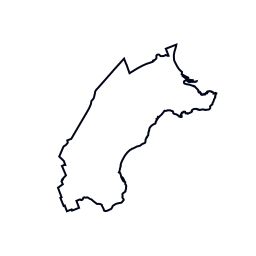 Hobsons Bay, Victoria, Australia (Mercator projection), rotated 331°
{"feature_id": "25037944B90171787297249", "entity_name": "Hobsons Bay", "entity_type": "district", "adm_level": 2, "iso_a3": "AUS", "parent_name": "Australia", "parent_adm1": "Victoria", "projection": "mercator", "projection_center": [144.848, -37.857], "detail": "fine", "context": "isolated", "style": "outline", "palette": "ink", "viewbox_px": 256, "rotation_deg": 331, "n_neighbors": 0, "source": "geoboundaries", "source_scale": "gbopen_adm2", "svg_char_len": 5803}
<svg xmlns="http://www.w3.org/2000/svg" viewBox="0 0 256 256"><g transform="rotate(331 128 128)"><path d="M121.0,78.5L118.9,79.1L117.1,80.1L115.4,82.2L113.4,84.4L112.6,85.2L111.2,86.0L109.4,86.5L108.9,86.9L107.4,88.8L106.3,89.8L104.8,91.0L101.8,93.0L73.1,110.0L68.9,109.4L68.3,111.5L67.7,111.9L66.1,112.5L65.1,112.8L62.7,112.9L54.0,119.6L55.9,125.7L55.2,129.9L54.4,129.4L51.8,129.2L50.8,139.3L45.4,141.1L45.3,141.3L45.6,141.7L44.0,142.3L43.7,145.6L37.8,146.3L36.3,156.4L36.2,156.4L35.0,156.3L33.9,165.0L35.1,165.1L34.2,171.2L39.2,171.9L39.0,173.1L46.5,174.1L47.6,166.7L51.4,167.2L52.0,168.3L52.7,168.6L53.7,168.5L54.4,168.0L54.4,167.8L55.2,167.4L55.5,167.3L56.0,167.4L56.5,167.8L56.9,168.2L57.5,168.6L58.4,168.7L59.0,169.2L60.3,171.5L61.4,172.8L61.8,173.9L62.2,175.1L62.8,176.5L64.1,179.4L64.4,179.6L65.9,180.3L66.3,180.6L67.6,182.0L67.8,182.5L67.7,183.0L67.5,183.8L67.5,185.9L67.3,187.7L67.1,188.0L67.1,188.5L67.1,188.8L67.6,189.4L68.3,189.8L69.7,190.3L74.0,190.6L75.1,190.1L75.8,189.7L76.6,188.9L77.1,188.7L80.6,188.5L83.4,189.2L85.5,190.0L86.6,190.0L87.5,189.6L88.4,189.3L89.4,188.8L89.6,188.0L89.4,186.8L89.4,186.2L89.6,185.6L90.4,184.7L90.8,183.6L91.0,183.2L91.4,182.9L91.8,182.7L94.8,182.3L94.8,182.1L95.0,181.9L96.6,180.4L96.8,180.3L97.5,179.0L98.3,178.0L98.5,177.0L98.4,175.9L98.5,175.5L99.3,174.1L99.2,173.4L99.0,172.8L99.0,172.5L99.2,171.8L99.3,171.2L99.3,170.5L99.4,169.5L99.3,169.2L99.1,168.3L99.0,168.2L99.0,168.5L99.2,169.3L99.2,169.6L99.2,170.5L99.1,171.0L99.0,171.5L98.9,171.8L98.8,171.7L98.5,172.2L98.2,172.3L98.1,171.0L98.2,168.1L98.3,167.5L98.5,167.1L98.8,166.1L99.0,165.0L99.3,163.9L99.3,163.5L98.7,162.9L98.5,162.4L99.3,162.0L102.0,158.9L103.3,157.7L103.2,157.4L103.3,157.2L103.9,156.5L105.6,154.8L108.4,152.8L108.7,152.7L109.5,152.1L112.0,150.6L114.3,149.6L115.5,149.1L118.5,148.3L121.7,148.1L122.6,148.4L126.8,148.5L129.4,149.2L130.3,149.3L132.7,148.9L135.1,149.2L136.0,149.1L137.2,147.6L137.3,147.3L137.7,147.0L137.9,146.6L138.3,146.2L138.9,145.8L139.1,145.8L139.7,145.3L140.2,145.3L140.3,145.0L140.5,144.8L141.4,144.4L142.0,144.3L142.4,143.8L142.9,142.9L143.4,142.4L143.7,141.7L144.4,141.3L145.0,140.6L145.1,140.4L145.8,139.9L146.4,138.9L147.2,138.3L148.9,137.6L150.0,137.3L151.5,137.2L152.9,137.2L154.0,137.4L154.3,137.3L154.5,136.9L155.3,136.0L155.5,135.9L155.8,135.9L156.1,135.5L156.9,135.0L157.1,134.9L157.0,134.7L157.3,134.5L157.5,134.4L157.5,134.2L157.7,134.3L157.5,134.7L158.1,134.3L158.6,134.2L158.7,133.9L159.4,133.7L159.2,133.1L159.3,132.9L160.3,132.2L159.5,133.0L159.7,133.5L160.3,133.5L160.7,133.3L161.0,133.3L161.2,133.1L161.8,133.0L163.7,132.6L164.9,132.1L165.5,131.9L166.4,131.4L166.9,131.3L168.3,130.6L169.4,131.4L170.5,131.7L171.2,131.7L173.6,133.1L173.9,133.4L174.0,133.8L174.1,134.0L175.2,134.9L175.3,135.2L175.1,136.4L174.8,137.0L175.0,137.6L175.4,138.2L176.7,139.3L177.4,140.3L177.6,141.0L178.0,141.3L178.3,142.3L178.3,142.8L178.5,143.0L179.1,143.0L179.0,143.5L179.3,143.8L179.6,143.7L179.8,144.2L180.3,144.3L180.8,143.6L180.8,143.1L180.5,143.0L180.5,142.9L180.6,142.7L180.5,142.3L180.8,141.8L181.2,141.6L181.5,141.7L182.1,141.5L182.3,140.9L182.5,140.7L182.9,140.7L183.4,140.8L183.9,141.1L184.4,140.8L184.5,141.0L185.5,141.2L185.7,141.4L185.8,141.5L185.5,143.1L186.0,143.4L186.5,143.6L186.8,143.6L187.1,143.8L187.1,144.4L187.3,144.5L190.7,144.8L191.3,144.6L191.8,144.6L191.8,144.4L192.0,144.0L192.2,143.7L193.0,143.3L194.4,143.3L195.3,143.5L197.0,144.4L197.3,144.7L197.7,145.3L197.8,145.1L198.0,145.2L198.9,146.3L199.0,146.5L199.5,147.1L200.2,147.1L201.1,147.6L202.6,148.0L203.1,148.5L203.4,148.7L203.6,149.2L204.2,149.6L204.8,149.7L205.0,150.0L205.9,150.3L207.6,151.0L208.5,150.9L209.2,150.6L209.5,150.4L209.9,149.9L210.3,148.9L210.7,148.7L211.1,148.6L211.7,148.4L212.7,148.4L213.5,148.0L213.7,147.5L214.0,147.3L214.5,146.8L215.1,146.6L216.4,145.5L217.0,144.8L219.4,143.3L219.5,143.1L219.5,142.5L219.7,142.3L220.3,141.8L222.1,140.5L221.6,139.7L220.1,139.6L219.5,139.4L219.8,138.8L219.8,138.4L219.4,137.9L219.4,137.7L218.7,137.1L218.9,136.8L217.5,135.4L215.4,134.7L215.3,135.1L214.6,134.9L214.4,135.6L214.1,136.0L213.7,135.9L213.9,135.4L213.0,135.1L212.2,135.7L211.5,135.3L211.3,135.9L211.1,135.8L211.3,135.3L211.0,135.2L210.8,135.6L209.9,135.3L209.1,134.7L208.8,134.9L208.4,134.6L208.2,134.0L208.7,133.8L208.7,133.7L208.8,133.7L208.7,133.3L208.4,133.4L208.8,133.2L208.6,132.7L208.3,132.7L208.2,132.1L208.4,132.0L208.4,131.5L207.4,131.5L207.2,130.9L207.2,130.3L207.2,130.0L207.5,129.5L207.8,129.4L207.8,128.9L206.6,124.5L206.6,124.2L206.1,123.3L205.8,123.5L205.6,123.3L205.1,122.5L202.6,119.7L201.2,118.7L200.1,117.8L199.0,116.5L198.8,116.0L198.9,115.6L199.1,115.0L199.4,114.6L200.0,114.3L200.9,114.3L202.0,114.5L202.5,115.1L202.6,115.5L202.9,115.9L203.3,117.0L203.6,117.4L204.1,117.4L205.2,118.2L206.1,118.5L209.1,120.2L210.4,120.5L210.6,120.5L210.7,120.4L208.9,119.9L205.3,117.9L204.3,117.1L203.7,116.2L203.1,114.7L202.8,113.6L202.0,111.1L201.2,109.7L201.1,109.4L201.4,109.4L202.6,110.6L203.5,113.5L204.0,113.5L204.4,114.6L205.2,115.8L205.8,116.4L207.4,117.4L208.2,117.8L208.7,117.9L207.6,117.4L206.1,116.4L205.1,115.5L204.8,115.1L204.4,114.2L203.6,111.6L204.2,112.1L205.6,113.8L203.6,111.1L202.2,108.9L201.6,108.6L201.6,108.3L201.9,108.5L202.0,108.4L201.4,107.8L201.4,107.4L201.0,107.1L202.4,105.1L201.6,103.0L201.1,101.0L200.9,98.1L201.0,93.0L201.1,91.8L201.3,90.9L201.7,90.0L203.0,87.2L203.9,85.9L204.9,84.6L206.2,83.2L209.1,80.4L210.7,78.5L199.5,77.0L198.5,84.5L198.1,84.4L197.5,83.9L196.6,82.6L196.3,82.4L194.4,82.4L193.8,82.2L191.6,81.1L191.3,80.8L191.0,79.6L190.7,78.9L190.3,78.5L189.2,78.1L188.4,78.2L187.9,78.5L186.8,80.5L186.3,81.0L184.7,81.4L182.7,81.2L182.6,82.0L180.6,81.9L175.4,80.9L171.0,80.5L165.6,80.4L155.9,80.8L157.4,72.0L157.4,70.9L158.2,65.4L143.0,70.6L142.3,70.9L121.0,78.5Z" fill="none" stroke="#020617" stroke-width="2"/></g></svg>